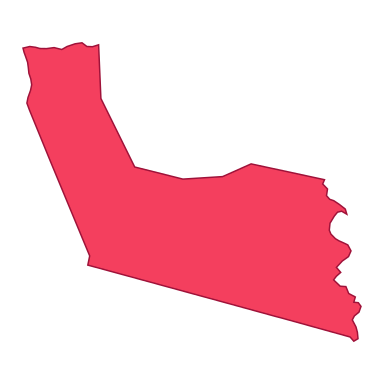 Bernardo do Mearim, Maranhão, Brazil
{"feature_id": "56859067B26424941839767", "entity_name": "Bernardo do Mearim", "entity_type": "district", "adm_level": 2, "iso_a3": "BRA", "parent_name": "Brazil", "parent_adm1": "Maranhão", "projection": "mercator", "projection_center": [-44.665, -4.668], "detail": "fine", "context": "isolated", "style": "filled", "palette": "rose", "viewbox_px": 384, "rotation_deg": 0, "n_neighbors": 0, "source": "geoboundaries", "source_scale": "gbopen_adm2", "svg_char_len": 1016}
<svg xmlns="http://www.w3.org/2000/svg" viewBox="0 0 384 384"><path d="M98.6,44.8L92.5,46.7L86.9,46.5L82.0,42.8L75.1,43.8L67.1,46.5L61.8,49.5L54.1,47.6L46.5,48.6L39.9,48.5L35.6,47.3L29.8,46.5L23.0,48.1L24.1,52.4L25.7,56.8L27.6,62.3L28.3,67.5L28.9,73.3L30.8,79.0L31.7,84.8L30.5,90.5L28.0,97.5L26.9,103.1L29.4,109.9L50.4,161.3L89.7,255.9L87.8,265.1L118.7,273.5L223.0,302.0L275.8,316.5L280.9,317.8L350.1,337.0L353.8,341.2L358.0,338.7L357.4,332.3L356.0,327.0L352.3,319.9L354.4,315.9L359.0,312.1L361.0,306.4L358.3,302.7L353.8,302.2L355.3,297.0L348.7,293.5L345.9,286.6L340.2,286.2L333.6,279.9L336.3,276.3L340.7,272.4L336.4,267.4L342.3,261.0L348.5,256.6L351.0,250.9L347.8,244.9L343.6,242.9L338.9,240.8L335.4,238.7L330.9,234.1L329.3,230.2L330.0,223.2L334.3,216.1L337.5,212.2L341.6,211.2L346.8,214.2L345.3,209.1L339.3,204.4L333.8,200.7L329.7,199.3L326.5,195.7L327.5,189.0L322.7,184.0L324.5,179.7L251.1,163.9L222.6,176.6L182.9,179.1L134.7,167.0L100.9,98.5L98.6,44.8Z" fill="#f43f5e" stroke="#9f1239" stroke-width="1.5"/></svg>